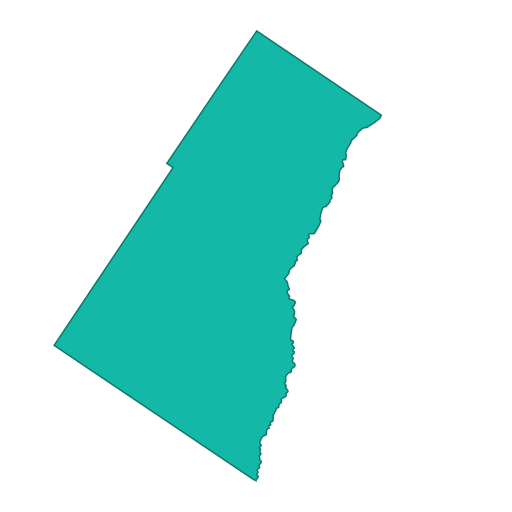 the district of Wilkin, Minnesota, United States of America, rotated 214°
{"feature_id": "52423323B40322351115851", "entity_name": "Wilkin", "entity_type": "district", "adm_level": 2, "iso_a3": "USA", "parent_name": "United States of America", "parent_adm1": "Minnesota", "projection": "natural_earth1", "projection_center": [-96.658, 46.326], "detail": "fine", "context": "isolated", "style": "filled", "palette": "teal", "viewbox_px": 512, "rotation_deg": 214, "n_neighbors": 0, "source": "geoboundaries", "source_scale": "gbopen_adm2", "svg_char_len": 3126}
<svg xmlns="http://www.w3.org/2000/svg" viewBox="0 0 512 512"><g transform="rotate(214 256 256)"><path d="M230.9,442.8L381.2,443.0L381.5,389.5L381.7,282.9L374.2,282.9L373.4,69.0L133.2,69.3L130.3,69.8L130.7,70.3L130.8,71.1L130.5,72.3L130.8,74.6L133.1,75.1L133.5,76.0L133.2,76.9L133.4,78.0L135.1,78.9L135.5,79.7L134.8,82.2L135.2,83.3L136.5,84.0L136.6,84.4L136.3,85.6L136.3,87.0L136.3,87.8L137.4,89.0L139.1,89.1L140.4,91.2L141.1,91.6L141.4,92.2L141.2,94.2L141.4,94.9L143.3,95.9L143.9,96.6L143.8,98.0L144.5,98.4L145.8,98.5L146.1,98.8L145.7,100.8L145.8,101.7L146.4,102.4L148.0,102.7L148.8,103.8L149.8,108.8L148.8,112.0L148.0,112.5L147.7,113.6L148.0,114.6L148.7,115.4L149.8,117.7L149.9,118.5L148.9,120.8L150.2,121.7L150.6,122.5L150.5,122.9L149.5,123.6L149.5,124.0L149.5,124.4L150.8,125.6L150.9,126.6L149.9,128.0L149.9,129.0L151.0,131.4L152.7,133.4L153.2,138.4L153.8,141.0L152.6,143.5L153.9,145.4L153.9,146.2L153.1,148.8L154.1,150.5L155.0,150.9L154.6,152.8L153.0,155.5L152.9,156.7L153.3,157.8L154.1,158.5L154.3,159.1L153.7,160.7L153.7,161.4L154.3,162.2L158.3,163.7L158.3,165.1L159.3,165.7L160.4,165.9L160.8,166.3L161.2,166.7L161.0,167.6L161.4,168.9L162.8,171.0L163.7,171.8L164.1,174.3L163.7,177.5L162.3,178.7L162.1,179.3L162.5,180.7L163.0,181.1L163.2,181.6L163.3,183.2L162.6,184.8L162.2,186.1L162.5,187.1L163.8,188.4L165.6,188.4L166.9,188.9L167.6,190.5L167.9,192.0L168.3,192.3L169.8,192.5L170.4,193.0L170.7,194.3L170.1,196.0L170.1,196.7L170.6,198.0L172.2,197.9L172.8,198.3L173.0,199.2L172.8,200.2L172.9,201.0L174.0,201.8L176.6,202.5L176.9,203.9L176.6,204.8L177.0,205.8L178.6,206.3L179.9,205.8L180.6,206.1L181.6,207.6L186.2,216.7L185.8,220.0L187.1,225.7L187.7,226.2L191.3,226.9L191.5,228.7L192.9,231.5L195.0,232.9L197.1,233.6L197.2,234.5L196.7,236.1L197.3,239.1L198.1,240.1L200.1,240.3L204.3,239.0L205.4,239.7L205.4,241.0L205.8,241.5L209.5,242.8L210.8,244.8L209.7,246.6L209.9,247.3L212.5,249.0L215.7,252.0L219.0,252.9L219.7,253.3L219.1,260.0L220.3,263.1L220.4,264.3L218.9,269.4L219.4,271.7L220.0,272.5L220.2,273.4L219.4,275.4L219.9,276.3L221.0,277.0L221.5,277.8L221.4,280.5L220.4,282.3L220.2,283.4L220.3,284.2L221.7,286.3L222.0,287.2L221.1,291.7L220.0,294.3L219.7,295.2L220.1,296.1L221.5,296.6L222.2,297.6L222.7,298.6L222.6,299.6L222.2,300.6L222.4,301.6L223.2,302.2L223.9,302.6L224.2,303.0L224.4,303.5L224.2,304.0L223.9,304.4L223.3,305.1L222.4,305.5L220.5,306.9L220.2,307.8L220.8,316.4L221.7,321.2L223.6,322.2L226.0,327.3L226.9,330.7L227.1,330.8L227.5,332.7L227.2,334.6L226.9,335.1L225.5,336.3L225.5,338.4L225.1,339.7L225.1,342.5L225.6,343.5L225.8,344.0L225.7,344.9L225.6,345.6L225.6,346.3L225.7,346.8L226.0,347.3L226.5,347.3L227.1,347.4L227.6,349.3L227.4,349.6L227.9,351.3L229.0,352.3L229.9,353.0L230.2,354.4L230.4,356.2L229.1,363.3L229.5,365.6L230.5,367.2L231.8,368.3L234.5,374.1L234.1,378.2L233.4,379.0L234.1,380.2L237.5,382.8L237.6,384.8L235.6,385.8L236.2,387.5L237.4,389.9L239.3,391.7L239.9,393.3L240.6,396.5L240.7,402.9L241.6,404.7L239.9,412.0L239.9,412.5L240.6,413.9L240.4,416.4L239.3,420.5L238.5,422.2L235.9,424.7L232.4,433.0L230.3,439.7L230.6,441.8L230.9,442.8Z" fill="#14b8a6" stroke="#0f766e" stroke-width="1.5"/></g></svg>